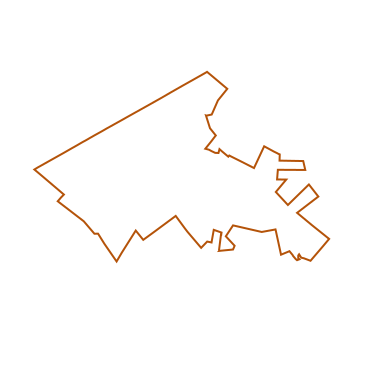 the district of Sáric, Sonora, Mexico, rotated 310°
{"feature_id": "50627088B71903228926", "entity_name": "Sáric", "entity_type": "district", "adm_level": 2, "iso_a3": "MEX", "parent_name": "Mexico", "parent_adm1": "Sonora", "projection": "albers", "projection_center": [-111.433, 31.244], "detail": "fine", "context": "isolated", "style": "outline", "palette": "amber", "viewbox_px": 384, "rotation_deg": 310, "n_neighbors": 0, "source": "geoboundaries", "source_scale": "gbopen_adm2", "svg_char_len": 1646}
<svg xmlns="http://www.w3.org/2000/svg" viewBox="0 0 384 384"><g transform="rotate(310 192 192)"><path d="M293.7,126.3L293.3,126.2L267.5,116.5L254.8,111.8L243.2,107.6L206.0,93.5L205.7,93.4L185.5,85.7L182.7,84.7L180.0,83.7L178.7,83.2L172.2,80.7L169.7,79.8L167.9,79.1L165.6,78.3L162.4,77.1L160.7,76.4L158.0,75.4L155.2,74.4L153.8,73.9L153.3,73.7L150.3,72.6L149.3,72.2L139.5,68.6L111.5,58.0L111.2,57.9L107.9,56.8L107.9,66.5L107.7,95.5L103.7,95.2L98.6,95.1L100.0,127.9L97.3,144.1L99.0,146.0L99.7,146.8L96.0,158.2L90.3,178.9L100.5,177.2L103.5,176.8L126.3,173.7L124.0,185.4L136.5,188.5L163.2,194.9L159.5,210.1L158.7,213.7L158.6,214.2L155.1,234.9L163.8,235.5L165.9,239.4L166.2,239.2L166.4,239.1L177.0,233.0L179.9,240.7L178.6,241.5L178.6,241.2L165.1,249.9L164.8,250.4L164.5,250.7L164.4,250.7L174.3,260.4L178.2,259.2L179.8,246.4L192.8,244.9L206.2,271.1L215.5,278.8L217.0,280.0L215.9,281.5L201.2,300.5L209.3,304.7L208.4,309.6L208.0,310.5L207.3,314.5L207.3,316.3L209.5,317.5L209.6,315.9L211.7,314.2L213.1,314.1L211.9,317.9L213.1,320.2L215.5,327.0L234.7,327.2L244.2,327.2L244.1,321.9L243.7,305.1L243.6,286.7L243.6,285.9L269.7,291.7L272.9,276.7L243.7,273.8L245.9,256.2L262.1,256.2L256.3,249.1L264.2,243.5L281.7,264.6L287.2,257.3L272.3,238.9L276.9,235.3L277.2,235.0L276.7,233.6L276.6,232.8L275.5,228.3L275.2,226.7L273.4,217.9L250.2,224.1L246.9,209.8L244.4,199.4L243.9,197.1L242.4,197.1L242.4,188.8L242.5,185.5L238.9,187.2L236.9,184.6L235.9,180.8L235.3,177.8L233.7,174.4L243.6,174.2L247.4,174.0L250.6,173.9L252.4,164.8L259.6,153.5L259.8,154.0L264.0,157.3L265.5,156.9L278.8,153.0L293.7,152.7L293.7,126.3Z" fill="none" stroke="#b45309" stroke-width="2"/></g></svg>